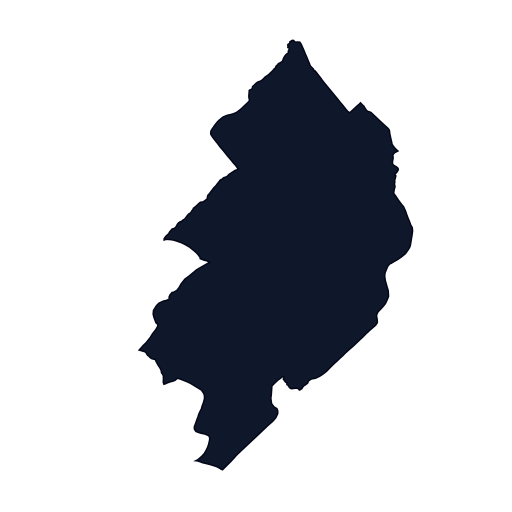 the district of Banteay Meas, Kâmpôt, Cambodia, rotated 227°
{"feature_id": "14789045B96186957930453", "entity_name": "Banteay Meas", "entity_type": "district", "adm_level": 2, "iso_a3": "KHM", "parent_name": "Cambodia", "parent_adm1": "Kâmpôt", "projection": "robinson", "projection_center": [104.619, 10.653], "detail": "fine", "context": "isolated", "style": "filled", "palette": "ink", "viewbox_px": 512, "rotation_deg": 227, "n_neighbors": 0, "source": "geoboundaries", "source_scale": "gbopen_adm2", "svg_char_len": 6127}
<svg xmlns="http://www.w3.org/2000/svg" viewBox="0 0 512 512"><g transform="rotate(227 256 256)"><path d="M147.3,72.4L146.3,73.3L143.8,74.7L141.0,76.1L138.5,77.8L135.1,80.0L131.5,82.1L129.1,83.4L127.4,84.1L125.4,84.7L123.8,85.1L122.5,85.7L122.9,97.9L123.6,105.9L123.7,111.8L123.8,139.2L123.9,149.8L123.7,155.7L124.2,160.2L125.9,164.4L127.8,166.2L130.0,167.2L133.5,166.3L137.4,166.7L141.8,169.8L144.1,172.6L150.1,179.0L150.3,184.1L150.3,187.3L149.5,193.9L148.2,194.0L147.8,192.9L147.2,191.9L146.3,192.0L145.2,191.7L144.2,191.6L143.2,191.7L142.4,192.1L141.8,191.7L140.8,190.9L139.8,191.3L137.0,190.8L135.7,190.9L134.6,191.6L133.8,192.6L132.7,194.3L131.9,195.1L131.3,195.8L130.6,196.3L129.7,196.4L128.4,196.3L128.0,197.2L127.9,198.2L127.7,199.2L128.1,200.2L128.4,201.7L128.4,202.7L128.1,203.9L127.8,207.1L128.7,209.0L128.8,210.1L128.2,212.8L126.4,215.5L125.8,216.8L124.6,220.7L124.0,224.1L123.6,228.2L123.6,229.7L123.9,235.6L124.0,240.7L123.9,242.6L124.0,247.6L123.9,250.9L124.1,254.9L124.0,260.9L123.8,265.5L123.9,274.0L123.9,278.7L124.1,283.3L124.1,288.1L123.8,296.3L124.4,298.9L125.2,300.0L127.3,301.6L129.7,303.1L130.9,304.5L131.9,307.1L132.1,310.2L132.2,312.4L132.7,317.0L133.2,318.9L134.9,323.0L136.1,325.4L138.3,327.3L140.7,329.2L143.8,330.7L145.9,331.8L149.8,333.8L153.5,336.4L155.6,338.8L156.8,341.3L158.2,344.3L158.8,346.2L159.0,348.4L158.4,350.1L157.8,353.1L156.8,357.2L156.1,362.1L155.8,366.8L156.6,370.9L157.4,373.9L158.4,376.0L160.8,379.1L165.2,384.8L167.6,387.7L170.3,389.7L173.1,390.3L176.6,391.8L179.7,392.9L183.3,394.4L187.1,396.1L191.7,397.6L193.8,397.6L199.4,398.2L204.7,399.1L207.9,399.4L209.9,401.8L212.0,405.1L213.1,405.6L214.4,406.6L215.6,408.2L217.0,409.2L217.5,410.3L218.4,411.7L219.3,413.0L221.0,412.9L221.1,415.3L221.4,417.1L222.1,419.0L223.3,419.7L225.5,419.5L228.7,418.5L230.2,418.7L230.9,419.2L232.2,420.5L233.2,422.0L234.2,423.1L235.3,424.1L236.5,424.8L237.0,426.9L236.9,428.3L236.2,430.6L236.0,431.4L238.1,431.2L240.5,431.2L243.1,431.4L245.1,431.8L246.7,432.9L247.9,433.5L254.6,437.5L256.2,438.8L257.3,439.4L259.2,439.6L268.0,438.9L277.5,438.3L282.3,438.0L283.7,437.5L284.8,436.8L286.1,436.2L287.9,436.2L288.9,436.4L292.3,437.1L293.6,436.9L295.8,436.9L296.8,436.9L296.6,435.0L296.8,432.6L296.8,430.2L296.8,427.7L296.8,425.6L296.8,423.6L296.9,422.3L299.0,421.7L301.6,421.8L307.7,422.3L310.9,422.4L314.0,422.7L335.5,424.0L339.2,424.3L341.9,424.7L344.6,424.9L346.6,425.1L349.5,425.4L351.4,425.4L351.6,424.7L353.7,425.5L355.6,425.4L357.6,425.4L358.7,425.6L360.2,426.3L362.3,427.0L367.2,428.9L370.5,430.0L373.2,431.1L380.1,433.5L382.5,433.9L383.1,433.2L384.0,432.6L384.8,431.5L385.5,430.8L386.7,430.2L387.7,430.6L388.6,430.1L389.1,429.3L389.3,428.2L389.5,426.7L389.0,426.2L388.5,425.3L388.9,424.3L388.8,423.2L387.6,422.5L386.8,421.5L386.3,422.0L385.4,421.9L384.4,421.0L384.1,419.9L383.5,419.0L382.7,418.3L382.3,417.7L382.8,416.2L382.8,414.8L382.6,413.7L382.2,412.1L381.9,411.2L381.3,410.0L380.5,408.4L380.5,406.9L380.9,405.2L381.3,404.1L381.4,403.3L381.1,402.3L381.2,400.2L380.2,398.2L380.5,397.1L380.3,395.7L380.1,394.6L380.1,391.6L380.0,389.6L380.1,388.4L380.7,384.5L380.5,382.1L380.6,379.8L380.9,378.4L381.8,376.6L382.1,375.4L382.2,374.6L382.3,372.7L382.2,371.7L382.2,369.0L381.6,368.3L381.1,367.3L381.0,366.4L381.6,364.8L381.7,363.9L380.1,362.3L379.0,361.0L378.2,360.2L376.9,359.0L375.6,358.2L374.2,357.4L374.0,356.4L373.8,354.9L373.8,351.0L373.8,348.5L373.7,346.5L373.9,343.0L374.2,340.4L374.6,338.7L375.1,337.4L375.7,336.0L376.7,334.0L377.6,332.5L378.4,331.2L379.1,329.6L379.5,328.3L380.0,327.0L380.2,325.9L380.3,323.6L380.5,321.9L380.4,319.2L380.1,317.1L379.8,315.1L379.1,312.0L378.9,311.1L378.5,309.3L378.0,308.1L376.5,306.4L375.9,306.0L375.1,305.8L372.3,305.3L367.0,304.8L365.1,304.7L360.9,304.2L354.4,303.9L348.4,303.4L345.8,303.3L343.0,303.2L339.8,302.9L337.2,302.9L335.5,302.8L332.7,302.4L331.6,302.7L331.8,301.7L332.1,300.7L332.8,299.3L333.2,297.1L334.0,292.5L334.1,291.3L333.9,289.7L334.1,288.5L334.7,287.0L335.3,285.8L335.4,284.8L335.2,283.7L335.8,282.4L335.9,281.4L335.5,279.5L335.3,277.6L334.8,275.1L334.7,273.9L334.6,271.1L334.1,268.8L333.9,267.2L333.6,265.8L333.3,263.6L333.3,262.5L332.8,261.4L331.4,259.7L331.1,258.7L331.3,256.8L331.6,254.5L332.2,253.3L332.9,252.6L333.3,251.7L333.4,249.0L333.3,248.1L333.4,247.0L333.3,246.0L333.6,242.8L333.1,241.9L332.9,241.1L332.8,240.1L332.1,237.5L332.5,236.2L332.6,234.9L332.3,232.5L332.0,231.1L331.7,229.6L331.7,228.5L332.1,227.3L332.1,226.3L332.1,225.1L332.8,223.8L333.0,222.5L333.0,220.9L332.7,219.8L332.4,218.9L332.0,217.8L331.8,216.6L332.1,214.4L332.8,213.4L333.0,212.4L332.6,211.2L332.6,209.9L332.4,208.7L331.8,207.5L331.9,206.0L331.9,205.0L331.7,204.2L332.0,203.4L331.7,202.6L331.5,201.5L331.2,200.4L330.3,199.7L329.8,201.1L328.5,202.6L326.0,204.9L323.9,206.5L321.5,207.9L318.3,209.6L316.4,210.6L312.9,211.9L307.7,213.5L302.0,214.3L299.2,214.6L296.4,214.6L295.5,214.4L294.1,214.3L293.2,214.2L292.1,213.4L288.1,215.3L286.4,216.5L283.0,218.0L286.4,203.4L287.0,193.1L287.6,188.3L286.7,182.3L285.4,178.2L284.8,174.5L285.8,170.8L286.6,169.7L286.2,166.6L285.2,164.3L283.7,163.7L284.4,160.6L286.2,157.5L287.7,152.9L287.6,149.5L286.1,143.9L283.6,141.1L280.7,139.5L275.4,137.3L273.3,137.5L271.8,136.6L270.5,132.5L269.7,127.3L268.5,123.1L267.5,116.2L267.5,113.0L266.9,106.4L263.3,108.5L262.5,109.0L260.7,109.8L259.2,109.3L257.1,109.0L256.1,109.3L253.9,109.3L251.9,109.8L251.2,110.3L250.1,110.9L249.3,112.0L248.5,111.5L246.6,110.9L242.7,109.9L240.0,109.5L237.2,108.7L234.9,107.2L233.4,107.1L231.5,106.5L229.1,104.3L226.7,101.9L225.0,101.2L224.5,102.1L223.6,104.8L222.3,107.8L221.1,109.9L220.3,112.0L220.2,115.1L219.6,115.5L217.8,116.6L211.3,119.7L207.6,121.2L202.6,122.6L198.7,123.7L195.0,124.7L190.6,123.9L189.1,123.0L187.7,121.9L186.6,120.7L184.6,117.5L183.0,114.3L182.2,112.9L181.6,112.3L181.4,111.6L180.6,109.4L179.6,106.8L178.7,105.1L177.9,103.9L177.2,102.3L176.4,100.7L175.1,98.3L173.1,94.3L171.3,92.8L168.7,92.4L166.3,93.5L163.7,95.0L160.8,97.1L157.8,98.5L156.2,98.8L155.1,98.4L153.5,97.1L151.9,94.9L150.3,92.4L149.0,89.9L147.7,86.5L146.8,83.4L146.5,79.7L146.7,74.5L147.3,72.4Z" fill="#0f172a" stroke="#020617" stroke-width="1.5"/></g></svg>